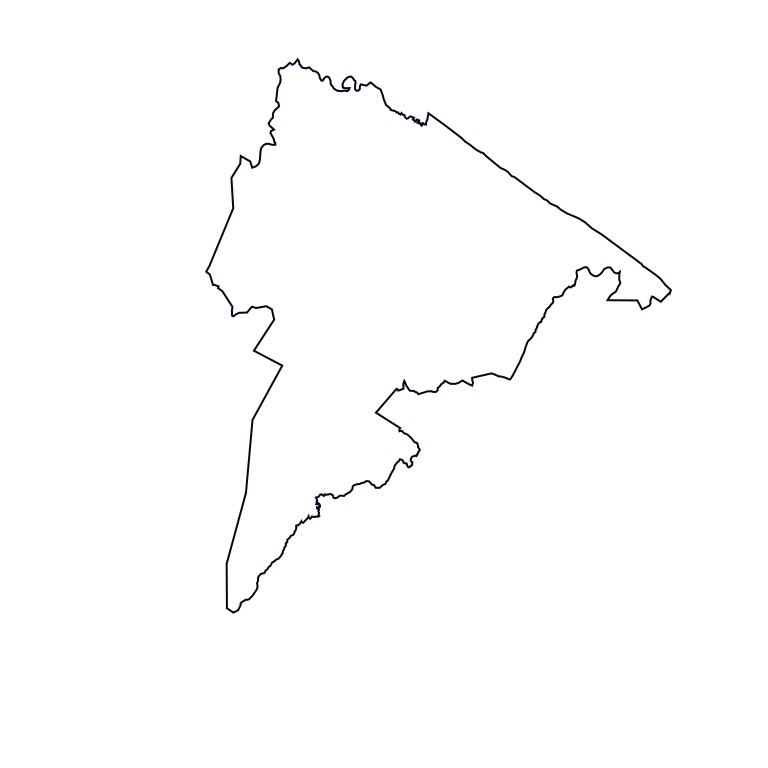 Sud-Comoe, Sud-Comoé, Ivory Coast (Natural Earth projection), rotated 204°
{"feature_id": "98640826B87421109468433", "entity_name": "Sud-Comoe", "entity_type": "district", "adm_level": 2, "iso_a3": "CIV", "parent_name": "Ivory Coast", "parent_adm1": "Sud-Comoé", "projection": "natural_earth1", "projection_center": [-3.37, 5.661], "detail": "fine", "context": "isolated", "style": "outline", "palette": "ink", "viewbox_px": 768, "rotation_deg": 204, "n_neighbors": 0, "source": "geoboundaries", "source_scale": "gbopen_adm2", "svg_char_len": 6166}
<svg xmlns="http://www.w3.org/2000/svg" viewBox="0 0 768 768"><g transform="rotate(204 384 384)"><path d="M160.1,586.5L167.4,589.0L174.3,592.6L180.5,594.3L194.0,597.0L195.0,596.8L197.2,598.3L246.7,609.3L257.1,610.7L266.2,613.5L273.4,614.5L286.7,614.3L293.2,615.1L297.9,616.5L305.7,616.5L309.6,618.0L313.1,618.0L318.2,619.6L324.5,620.5L349.1,626.1L351.8,625.8L357.6,628.3L361.1,628.8L365.5,628.8L383.0,633.6L387.6,635.4L389.5,635.0L395.9,635.7L402.3,637.4L408.6,638.5L413.3,640.3L433.8,645.2L453.6,649.4L452.0,643.4L452.0,640.6L451.2,638.1L452.7,637.6L454.4,638.3L455.3,637.6L455.4,636.6L454.4,636.4L454.7,635.3L456.1,635.8L458.4,637.9L458.6,636.3L459.9,636.3L459.3,639.1L461.4,639.1L462.4,636.4L463.2,637.3L464.3,637.1L465.3,637.4L464.9,639.4L468.2,639.4L469.3,638.6L469.9,636.8L471.1,635.6L472.2,635.8L473.9,636.9L474.9,638.1L476.8,637.6L478.2,638.6L478.5,636.9L480.0,636.9L481.7,637.9L482.7,637.1L484.7,637.9L489.3,637.1L490.4,638.3L495.7,639.8L500.3,644.3L502.4,647.1L506.8,651.6L512.0,652.1L519.0,654.1L521.4,649.4L527.0,648.3L527.2,646.6L526.0,643.1L526.9,641.4L528.5,640.8L530.3,641.4L532.2,645.9L532.4,647.4L533.6,649.3L535.2,649.6L536.1,650.4L538.5,651.4L539.5,651.4L540.8,650.4L542.1,649.1L543.8,644.8L543.8,640.9L542.1,638.1L539.8,638.4L535.8,640.3L535.8,638.4L536.8,636.4L538.2,636.4L540.2,635.6L541.5,634.4L545.8,632.9L549.7,633.4L552.2,635.1L554.5,636.1L556.3,639.4L558.5,641.4L559.8,641.9L560.9,641.8L562.1,640.8L562.9,639.3L563.4,636.1L564.9,635.8L567.5,637.9L568.4,639.4L570.0,640.8L571.4,641.4L573.4,641.8L575.7,641.1L581.4,642.8L583.2,640.9L585.5,640.1L587.8,639.8L589.6,641.1L591.2,641.6L592.6,643.9L594.9,645.4L596.2,640.3L597.5,638.4L600.7,639.1L602.4,634.8L604.6,631.3L606.7,630.8L608.2,628.4L606.4,624.8L604.1,623.3L602.3,620.1L601.4,616.8L601.7,611.4L597.7,598.6L594.7,597.7L592.8,594.9L595.2,589.4L595.5,585.9L593.8,582.1L594.9,579.2L595.4,575.2L593.5,573.4L587.9,571.7L590.1,569.1L589.8,567.1L584.6,563.2L582.5,560.4L581.5,560.2L580.6,558.4L583.5,557.0L587.6,556.4L589.6,555.2L591.2,553.0L592.1,550.0L591.5,546.4L588.8,539.0L587.9,535.0L588.3,533.4L589.6,530.7L592.4,528.0L596.7,532.9L607.6,534.0L604.9,526.7L607.2,510.2L593.2,483.2L591.5,420.6L592.1,414.3L587.5,413.1L580.5,404.9L579.4,405.6L574.9,405.9L574.7,404.1L569.5,403.1L553.6,392.7L552.9,389.4L550.6,384.7L549.0,384.7L547.6,387.4L545.3,390.1L538.2,393.6L536.1,400.9L531.8,401.4L523.1,407.2L516.8,406.6L510.5,398.1L516.4,361.5L484.4,359.4L489.5,297.7L465.8,228.3L454.6,155.7L436.3,115.3L428.7,113.9L425.3,117.9L425.0,123.6L425.8,125.4L425.1,127.0L422.6,130.6L421.2,131.2L419.9,132.3L418.0,137.0L416.6,145.0L417.2,147.8L418.9,150.3L419.1,153.0L420.3,156.1L420.3,157.0L419.4,160.1L418.8,160.9L416.3,162.7L416.3,165.2L415.2,167.3L414.9,170.0L413.9,171.2L413.6,175.4L411.9,177.7L411.0,179.8L409.4,181.4L408.2,184.9L408.1,187.4L407.7,188.1L408.3,189.5L408.1,192.6L408.5,193.7L407.9,196.5L408.8,198.1L408.8,198.9L408.3,199.5L408.1,200.2L409.0,202.5L407.6,205.1L407.4,207.5L405.7,209.0L405.4,209.8L405.3,212.1L405.7,212.5L405.2,214.8L405.7,217.2L406.6,218.5L406.5,219.2L404.9,220.1L403.9,222.5L403.6,224.9L403.0,224.2L401.4,224.3L399.3,230.1L399.1,232.4L398.6,231.6L397.0,230.8L396.3,231.3L396.0,233.6L393.2,234.3L391.2,235.9L390.1,236.0L389.4,237.2L390.5,237.9L391.0,240.0L392.2,241.0L392.3,242.8L392.8,243.3L393.2,242.7L394.6,243.2L395.0,244.0L394.3,243.9L392.6,245.4L392.9,246.6L393.7,246.3L393.9,247.8L395.2,248.4L396.1,247.1L396.9,246.9L396.5,248.3L397.7,248.9L397.5,249.8L397.8,250.7L400.0,252.6L397.9,254.3L397.3,257.0L396.2,257.8L393.5,257.2L392.9,258.5L393.2,259.1L391.3,259.5L388.4,261.6L387.5,261.7L386.1,261.7L385.1,261.2L383.9,259.6L382.5,259.6L381.2,260.5L380.0,261.9L379.3,263.4L378.2,264.5L375.0,265.4L374.2,267.4L371.1,271.6L370.1,275.1L370.9,277.6L370.3,279.2L367.8,281.5L365.3,282.9L364.3,284.4L362.0,285.9L360.6,288.2L357.8,289.0L354.3,287.2L351.8,287.5L349.4,285.8L345.6,287.5L344.4,290.7L342.2,293.3L342.0,294.7L342.3,295.8L341.2,297.2L341.0,305.7L340.4,310.4L341.0,313.7L340.0,317.8L339.0,319.7L338.9,321.7L336.6,322.0L334.8,321.1L334.5,320.4L333.3,319.8L331.2,320.6L330.5,320.1L329.4,318.6L327.8,317.8L326.8,318.4L326.6,319.4L325.4,321.2L326.3,324.2L327.3,324.1L328.7,325.3L329.0,328.3L328.8,328.9L326.3,331.3L325.3,331.1L324.9,331.9L325.1,333.7L324.7,334.4L325.0,335.9L324.4,338.2L325.0,339.0L327.1,339.9L327.3,340.6L329.3,343.3L330.3,343.6L332.2,343.2L337.4,345.8L341.6,347.3L346.2,347.3L348.5,348.5L350.6,347.1L351.1,347.7L351.5,349.0L351.2,350.3L379.7,354.5L370.6,384.7L369.5,384.7L369.0,383.7L367.8,384.1L364.3,387.6L366.4,391.8L366.7,395.0L365.0,393.7L363.7,392.1L357.8,388.4L353.5,389.8L352.4,389.4L350.4,389.7L348.4,388.7L340.9,395.3L339.0,395.9L337.9,396.7L336.0,396.7L333.2,398.0L332.4,400.3L333.3,402.2L332.1,404.5L331.6,407.1L330.3,409.1L329.8,411.7L323.7,411.2L322.4,411.5L321.1,412.4L319.5,412.7L316.3,415.4L313.7,419.1L306.0,418.3L302.8,418.4L303.2,421.4L305.1,423.7L306.0,425.5L290.3,437.3L288.1,437.7L282.1,437.7L280.0,438.5L275.5,439.1L270.9,439.2L270.4,440.5L269.8,444.5L268.9,460.0L269.1,463.9L268.9,470.1L269.6,474.8L270.0,480.2L269.6,482.5L268.5,484.8L267.8,487.4L267.7,491.5L266.8,493.3L267.6,494.8L267.2,496.9L267.5,498.7L267.4,501.9L266.8,503.7L265.7,504.5L266.1,507.2L265.8,507.8L265.9,508.9L264.8,510.4L265.8,513.1L265.6,515.2L265.9,517.5L265.4,519.4L264.2,521.8L263.8,524.3L262.8,527.0L263.0,528.7L264.5,530.6L264.3,531.8L263.4,532.9L261.2,533.7L260.0,534.6L257.7,536.7L257.0,538.4L257.2,540.8L256.6,544.1L254.6,548.2L252.5,548.2L251.2,551.2L250.3,550.9L250.1,551.4L250.1,552.7L251.1,556.6L250.9,558.5L251.3,561.0L253.2,563.6L253.9,565.8L253.6,566.5L252.0,567.8L248.8,571.7L247.0,572.9L246.0,573.0L244.1,572.3L242.0,570.1L239.7,568.7L237.3,568.2L234.5,568.4L233.6,568.9L231.7,571.1L230.3,574.3L229.6,578.4L228.1,580.5L226.7,581.7L224.4,582.4L218.9,579.5L217.5,579.5L216.3,579.7L214.7,581.1L214.2,582.2L213.5,579.6L211.4,574.7L209.5,573.1L209.2,571.0L209.7,567.7L209.6,563.6L210.0,562.3L212.5,558.3L213.3,555.7L213.8,551.5L186.5,563.4L178.6,557.1L173.6,563.3L173.3,564.2L173.4,566.2L174.5,568.3L174.8,571.9L174.6,573.0L173.4,573.1L164.6,571.7L160.1,583.7L159.8,583.4L160.1,586.5Z" fill="none" stroke="#020617" stroke-width="2"/></g></svg>